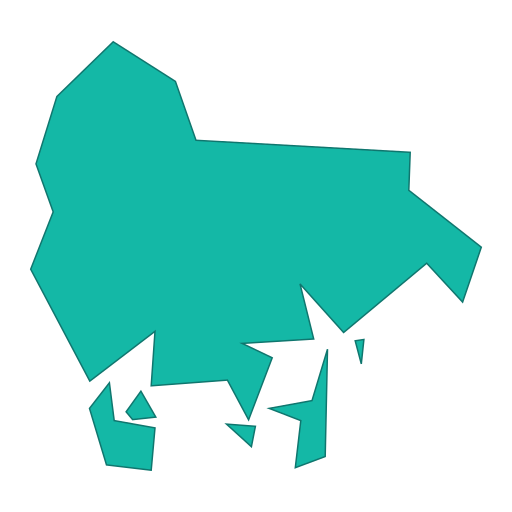 SVG path tracing the border of South Gyeongsang
{"feature_id": "KOR-2505", "entity_name": "South Gyeongsang", "entity_type": "Province", "adm_level": 1, "iso_a3": "KOR", "parent_name": "South Korea", "parent_adm1": "", "projection": "equal_earth", "projection_center": [128.367, 35.249], "detail": "coarse", "context": "isolated", "style": "filled", "palette": "teal", "viewbox_px": 512, "rotation_deg": 0, "n_neighbors": 0, "source": "natural_earth", "source_scale": "10m", "svg_char_len": 728}
<svg xmlns="http://www.w3.org/2000/svg" viewBox="0 0 512 512"><path d="M426.7,263.2L343.6,332.5L300.0,283.9L313.7,339.0L242.1,343.4L272.2,357.8L248.6,419.8L227.4,380.1L151.2,385.8L155.0,331.3L89.8,381.1L30.7,269.2L53.2,211.9L36.0,163.9L56.9,96.5L113.2,41.8L175.4,81.4L196.0,140.3L410.2,152.3L408.8,190.3L481.3,247.2L462.6,302.1L426.7,263.2ZM327.5,349.2L325.2,456.5L295.3,467.7L300.8,420.6L269.2,408.4L312.0,400.6L327.5,349.2ZM155.0,427.9L151.2,470.2L106.5,464.9L89.5,408.4L109.4,382.8L114.2,420.6L155.0,427.9ZM155.8,417.1L132.6,419.6L126.1,411.8L140.9,391.2L155.8,417.1ZM226.5,424.1L255.4,426.3L251.4,446.7L226.5,424.1ZM363.9,339.5L361.3,363.9L355.2,340.8L363.9,339.5Z" fill="#14b8a6" stroke="#0f766e" stroke-width="1.5"/></svg>